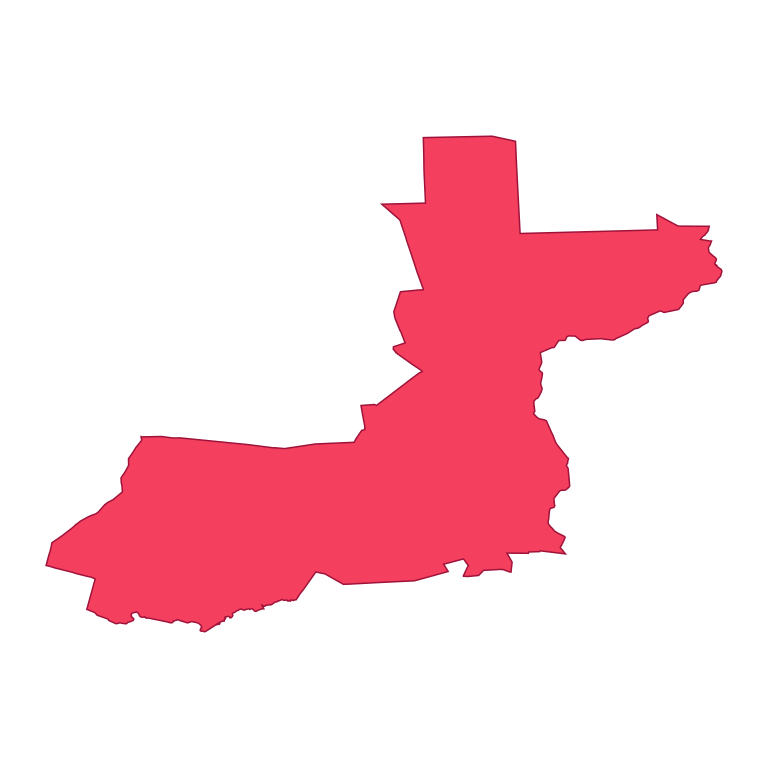 Blontu pag., Ciblas, Latvia
{"feature_id": "27541924B11369023113792", "entity_name": "Blontu pag.", "entity_type": "district", "adm_level": 2, "iso_a3": "LVA", "parent_name": "Latvia", "parent_adm1": "Ciblas", "projection": "robinson", "projection_center": [27.846, 56.653], "detail": "fine", "context": "isolated", "style": "filled", "palette": "rose", "viewbox_px": 768, "rotation_deg": 0, "n_neighbors": 0, "source": "geoboundaries", "source_scale": "gbopen_adm2", "svg_char_len": 6082}
<svg xmlns="http://www.w3.org/2000/svg" viewBox="0 0 768 768"><path d="M381.8,204.2L399.9,220.0L405.8,237.5L406.5,240.1L411.4,254.6L417.2,272.4L423.4,289.4L423.2,289.8L419.8,290.0L419.7,289.9L400.8,291.7L400.4,291.9L394.4,310.0L393.8,311.4L394.6,316.5L395.2,318.8L400.2,331.0L400.6,331.3L403.3,338.2L405.1,342.9L393.4,346.8L393.4,348.2L393.2,349.1L395.3,351.7L396.1,352.4L396.2,352.7L396.1,352.8L396.8,353.1L397.3,353.7L397.7,354.0L413.3,365.1L421.3,370.4L422.2,371.7L420.9,372.1L419.1,373.0L407.1,382.0L406.3,382.7L376.4,405.5L374.6,404.5L361.0,405.5L363.1,417.5L364.7,425.7L364.8,429.5L361.6,430.5L355.9,438.9L354.2,442.3L315.3,444.0L284.6,448.6L274.2,447.7L273.8,447.9L247.9,444.6L180.2,437.9L173.2,438.0L166.5,437.2L161.8,436.5L142.1,436.9L141.1,436.6L141.3,438.3L141.7,439.7L141.3,440.8L135.9,447.5L133.0,452.2L128.5,458.6L128.6,465.4L125.4,471.4L121.0,477.9L121.3,483.1L121.9,485.3L122.4,491.9L113.0,499.7L108.0,502.3L105.1,504.4L105.2,504.5L103.8,505.7L98.7,511.6L96.6,513.3L95.6,513.9L90.9,515.6L88.3,516.8L80.6,521.0L76.3,524.4L76.1,524.3L74.1,526.3L71.6,528.4L62.0,535.8L51.9,542.8L51.1,547.1L50.0,551.6L48.9,554.9L46.1,565.5L50.3,566.5L55.1,568.0L72.0,572.2L77.1,573.8L88.3,576.6L90.8,577.0L95.2,578.9L86.8,609.4L94.9,612.6L97.1,615.2L108.1,619.1L108.6,620.4L115.5,623.5L116.2,623.7L117.1,623.6L119.9,622.8L123.3,623.5L126.3,623.8L128.3,622.1L130.4,621.7L133.3,620.3L133.8,619.2L133.7,618.7L131.3,616.4L131.1,616.0L131.5,615.0L131.2,614.3L131.8,613.4L132.1,613.2L132.9,613.0L133.8,612.6L136.4,612.1L136.9,612.2L138.2,613.2L138.7,613.9L139.6,616.0L140.8,617.0L142.3,617.2L143.7,617.2L144.8,616.8L145.6,617.5L145.4,617.7L145.5,617.8L146.5,618.2L147.6,617.9L167.2,621.9L170.3,622.8L171.9,622.8L172.6,622.4L173.1,621.3L173.6,621.5L174.5,620.7L176.7,620.2L177.4,619.6L178.0,619.7L179.7,620.5L187.4,622.9L189.9,622.2L191.0,621.6L193.4,621.8L194.0,622.2L195.1,622.2L198.4,623.2L200.7,625.1L201.8,627.7L200.9,628.2L200.3,629.5L200.2,630.4L200.5,630.9L200.9,631.1L202.5,631.1L204.7,631.8L206.2,631.1L216.2,624.6L216.8,624.8L217.7,624.5L217.2,623.8L217.3,623.4L217.5,623.4L218.0,624.0L218.3,624.0L218.8,623.7L219.4,624.2L219.8,623.8L219.9,623.4L219.8,623.1L219.3,622.5L219.5,622.2L221.0,621.9L221.4,621.5L222.1,621.4L222.6,621.0L223.9,621.2L224.3,621.1L224.4,620.8L224.3,619.9L224.4,619.5L225.0,619.3L225.6,618.3L225.6,618.2L224.9,617.9L225.0,617.2L225.4,616.8L225.7,616.7L226.8,616.7L228.4,616.3L229.2,616.5L229.5,616.7L229.5,617.0L229.7,617.6L230.0,617.8L230.4,617.9L231.5,617.5L232.7,615.9L232.8,615.4L232.7,615.0L232.4,614.2L232.4,613.4L232.6,613.2L235.1,612.1L236.6,610.8L238.0,610.5L238.5,610.3L238.7,610.1L238.9,609.7L239.2,609.5L241.3,609.1L243.2,609.9L244.4,610.1L246.9,609.2L249.1,608.8L249.7,609.5L251.9,608.6L253.7,610.0L253.9,610.2L254.3,611.0L256.0,611.4L258.7,610.0L261.9,608.9L263.8,608.8L261.9,605.2L262.5,605.3L263.4,606.0L264.7,606.3L266.2,605.2L268.5,605.0L269.7,604.5L270.3,605.0L272.2,604.3L272.8,603.6L275.6,601.9L277.1,601.8L277.9,601.3L278.3,600.7L279.3,600.8L281.6,599.7L282.2,599.6L283.7,600.3L285.1,600.2L287.0,600.2L287.4,600.4L287.8,601.1L288.2,601.1L289.0,600.5L290.2,601.2L291.2,600.4L291.2,599.9L293.6,600.5L294.7,599.9L296.1,599.8L297.9,597.2L299.7,594.2L303.4,589.6L315.8,572.0L325.0,573.9L343.4,584.3L349.6,584.1L379.1,582.5L414.5,580.8L448.2,571.5L443.7,564.2L463.5,558.9L468.4,565.7L467.5,567.0L463.3,576.0L463.5,576.3L467.9,576.5L478.4,575.5L478.9,575.2L482.9,571.1L483.3,570.4L500.4,569.4L502.1,569.6L502.6,569.4L509.8,572.0L511.0,572.1L512.1,562.2L507.0,553.1L528.4,553.3L528.8,552.0L539.7,551.6L540.1,550.8L565.4,553.9L562.3,550.0L560.6,548.1L560.3,547.4L560.6,546.5L560.8,546.0L561.4,545.7L561.9,544.4L563.4,541.6L565.1,537.5L565.0,537.1L564.7,536.6L564.2,536.3L557.6,533.0L554.5,531.0L552.7,528.8L549.8,525.8L548.8,524.5L548.3,523.6L548.0,522.5L548.7,518.8L549.3,512.0L549.8,509.2L551.0,508.2L553.2,507.6L554.2,507.1L554.4,506.9L554.8,505.6L554.4,504.2L553.9,498.5L554.1,498.2L559.5,491.2L560.1,490.7L561.3,490.3L565.1,490.1L565.8,489.9L567.8,488.2L567.7,488.2L568.2,487.7L568.4,487.8L568.8,487.4L569.7,486.0L569.1,478.6L568.4,471.7L568.2,469.0L568.1,468.4L567.2,467.0L566.5,465.7L566.4,465.2L566.7,464.5L567.4,463.6L567.7,462.8L567.7,461.3L568.4,459.0L568.4,458.5L568.0,458.0L567.2,457.4L565.7,455.6L557.3,444.9L555.9,442.9L553.0,435.5L550.6,430.4L546.4,420.8L545.2,420.2L543.5,419.6L540.9,419.2L539.3,418.8L537.8,418.0L536.3,416.6L533.8,413.9L533.7,413.2L533.8,412.7L534.6,411.7L534.8,411.2L533.9,403.6L533.9,401.5L534.9,400.0L536.0,398.9L537.6,398.2L538.2,397.6L540.6,393.2L541.3,391.7L542.1,388.8L542.0,388.0L541.1,385.7L540.7,383.6L540.8,382.3L541.8,378.1L542.4,374.3L542.4,373.5L542.2,372.8L541.0,371.7L539.3,370.3L539.0,369.7L539.6,367.7L541.5,363.3L541.7,362.2L541.3,359.1L540.3,353.0L540.5,352.5L551.8,347.7L553.5,347.6L554.3,347.2L558.4,341.1L558.9,340.7L559.4,340.5L564.9,340.4L565.4,340.1L565.6,339.7L566.8,336.9L567.4,336.5L568.8,335.9L575.0,336.1L575.6,336.4L579.5,339.5L580.5,340.2L581.5,340.5L583.2,340.4L585.3,339.6L586.2,339.4L600.8,338.7L606.6,339.4L612.6,340.0L614.3,339.8L614.9,339.5L615.7,338.7L625.7,334.2L627.9,333.1L633.9,329.2L635.2,328.7L638.4,328.0L640.1,327.0L641.9,325.5L647.9,322.3L648.2,321.7L648.3,320.8L647.6,318.4L648.9,315.8L659.5,311.2L660.3,311.0L661.0,311.1L663.6,312.3L664.4,312.4L677.9,309.6L678.8,309.2L683.2,303.4L683.3,299.6L688.2,293.8L690.8,292.1L693.0,291.4L696.4,291.2L698.1,290.7L698.9,290.2L699.7,287.9L699.9,286.4L700.7,285.4L702.1,284.9L714.6,282.8L716.2,282.2L717.0,280.3L720.3,276.4L720.7,275.7L721.9,271.4L721.6,270.3L721.2,269.5L717.9,267.1L716.0,265.4L716.5,265.2L715.8,264.7L715.6,264.8L714.7,263.8L714.7,263.5L716.1,260.6L716.4,259.6L716.4,259.2L716.2,258.9L715.2,257.6L712.3,255.2L709.6,252.8L709.1,252.0L708.7,250.5L708.4,247.9L708.9,246.7L710.1,244.9L711.5,241.0L709.9,241.0L700.3,239.4L702.6,236.6L703.2,236.1L704.8,235.1L707.3,232.0L708.2,230.6L709.2,226.3L678.2,226.1L672.3,223.0L656.8,214.6L657.6,229.9L520.1,233.5L516.7,168.4L515.5,141.3L492.2,136.2L423.3,137.6L423.8,156.1L424.0,170.4L425.5,203.1L381.8,204.2Z" fill="#f43f5e" stroke="#9f1239" stroke-width="1.5"/></svg>